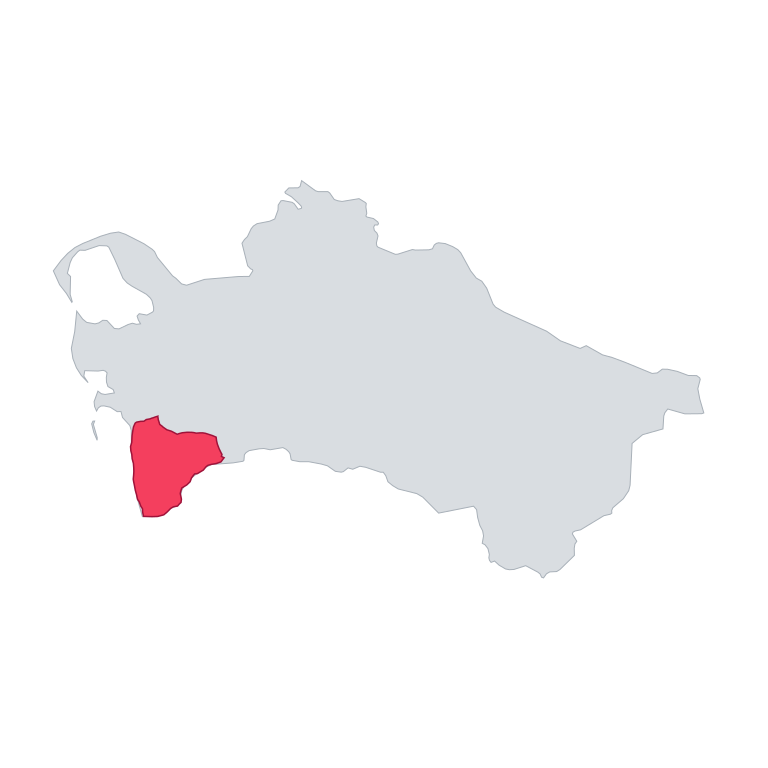 location of Etrek, Balkan, Turkmenistan, rotated 353°
{"feature_id": "10190150B33098588070062", "entity_name": "Etrek", "entity_type": "district", "adm_level": 2, "iso_a3": "TKM", "parent_name": "Turkmenistan", "parent_adm1": "Balkan", "projection": "orthographic", "projection_center": [54.674, 38.185], "detail": "fine", "context": "in_parent", "style": "filled", "palette": "rose", "viewbox_px": 768, "rotation_deg": 353, "n_neighbors": 0, "source": "geoboundaries", "source_scale": "gbopen_adm2", "svg_char_len": 4983}
<svg xmlns="http://www.w3.org/2000/svg" viewBox="0 0 768 768"><g transform="rotate(353 384 384)"><path d="M218.6,258.3L252.9,259.6L263.4,260.8L267.6,255.7L267.4,254.5L265.7,253.5L263.1,250.1L260.2,227.0L263.1,223.6L266.4,221.1L271.1,213.7L273.6,211.3L277.5,209.4L290.3,208.5L295.7,206.9L300.0,198.4L300.8,193.5L304.1,189.6L306.1,189.6L315.0,192.5L316.9,194.2L320.1,200.1L323.4,199.6L323.8,198.6L323.4,197.2L320.7,193.6L315.0,186.9L309.5,182.8L309.0,181.4L313.4,177.8L322.6,178.8L324.8,177.7L327.0,172.1L339.6,183.9L342.0,185.0L351.7,186.2L353.4,187.8L357.1,194.8L360.5,196.5L364.6,197.7L381.8,197.0L387.4,201.4L388.4,202.6L387.6,206.0L387.7,212.5L386.5,215.1L387.4,216.2L393.7,218.5L397.6,222.4L398.1,224.2L397.1,225.4L394.2,225.0L392.9,227.0L393.1,230.4L395.4,233.4L396.1,236.3L393.6,243.2L393.7,246.0L394.8,247.5L411.1,256.7L413.6,256.8L428.6,254.0L431.5,254.9L444.9,256.3L448.6,255.7L450.8,252.2L453.1,250.8L455.4,250.5L461.9,252.1L468.9,256.0L473.6,259.6L476.1,263.0L483.8,282.3L488.5,290.1L493.6,293.9L497.6,301.4L502.0,318.0L504.1,321.3L512.0,327.3L551.8,351.4L564.3,362.6L583.0,372.6L589.4,370.6L604.4,381.7L613.7,385.5L625.8,391.8L651.4,406.2L656.6,406.3L662.0,403.2L667.2,403.9L676.6,407.2L687.0,412.6L695.4,413.8L698.1,416.4L698.4,418.0L694.9,426.9L695.6,437.5L697.9,451.7L695.7,452.2L679.0,450.3L662.6,443.4L659.3,446.7L657.8,449.8L655.4,462.6L634.6,465.8L623.0,473.2L615.9,514.5L613.9,519.7L607.6,527.0L596.1,534.7L594.5,537.4L594.4,539.9L592.9,540.8L586.2,541.5L561.3,552.7L555.7,553.2L553.5,554.1L552.7,555.8L556.2,563.6L554.0,566.1L552.8,570.2L552.1,577.3L536.0,589.6L532.5,591.2L525.6,590.7L522.1,592.2L518.7,595.9L516.9,595.0L515.8,591.6L513.8,589.5L502.5,581.6L490.4,583.9L485.8,583.6L482.1,582.4L476.1,577.8L472.2,573.2L468.5,574.1L467.2,571.9L466.9,569.3L467.8,566.0L467.1,560.0L464.6,555.8L462.1,554.1L464.3,546.9L464.0,541.7L461.9,536.1L460.7,528.0L460.6,520.0L458.0,516.2L422.5,518.8L408.7,501.0L403.2,496.8L385.3,489.9L380.2,485.9L376.0,481.5L374.6,475.2L372.5,471.5L369.7,471.1L355.6,464.4L350.0,462.7L342.6,464.8L338.1,462.9L333.0,466.0L330.8,466.3L325.0,464.7L317.9,458.3L312.0,455.8L299.7,451.9L291.1,450.9L283.5,448.5L282.6,447.6L282.3,441.9L281.2,439.6L278.9,436.9L275.9,434.8L263.0,435.4L257.0,433.4L252.3,433.1L242.0,433.7L238.7,435.3L236.8,437.2L235.7,442.7L234.6,443.5L224.6,443.9L203.3,442.9L194.5,445.7L180.7,454.3L172.8,461.5L170.5,464.6L165.8,477.3L163.8,479.1L161.0,480.5L158.3,480.8L145.6,485.7L140.6,486.9L128.0,486.2L125.2,467.5L124.2,452.7L125.8,432.3L125.2,419.1L127.5,399.2L126.7,394.3L120.4,385.4L119.6,379.3L115.8,378.9L109.5,373.7L103.4,371.6L100.3,371.4L97.5,372.9L95.4,375.8L94.0,371.1L94.1,366.2L99.2,356.2L102.2,359.2L105.9,360.4L115.3,360.0L114.5,356.5L109.7,352.9L108.8,348.3L109.2,343.6L110.5,339.2L109.1,337.3L106.9,336.2L101.8,336.3L88.6,334.3L87.0,339.6L90.5,346.6L84.6,338.6L80.7,330.4L78.3,320.9L78.0,310.6L83.4,294.3L87.9,274.2L92.8,282.8L96.4,286.6L104.5,289.1L108.4,288.6L112.6,286.5L116.7,287.2L123.1,296.0L127.7,297.0L137.2,293.8L141.7,293.0L145.6,294.6L149.7,294.6L148.0,290.5L147.2,286.5L149.6,284.4L157.1,286.7L163.1,284.4L164.2,283.3L164.7,279.9L163.9,273.0L162.5,270.1L159.1,266.0L145.9,256.3L141.4,252.4L137.8,247.3L131.9,227.4L127.5,214.6L125.7,213.1L118.1,211.9L103.6,214.9L98.5,214.1L96.1,215.4L90.1,220.7L87.3,225.2L83.2,235.6L86.0,239.1L83.4,256.8L84.6,264.3L84.1,264.9L79.8,255.4L74.1,245.9L69.6,231.4L78.4,222.2L86.0,215.8L93.9,210.9L102.2,207.8L120.7,202.8L131.0,201.0L139.2,200.8L145.6,203.9L162.8,215.5L170.3,222.0L172.4,224.6L174.5,230.8L187.3,250.9L190.3,253.7L195.3,260.0L200.1,261.9L218.6,258.3ZM92.8,402.2L92.4,404.9L90.1,396.8L89.0,387.9L90.6,385.4L92.3,385.5L90.6,388.7L92.8,402.2Z" fill="#d9dde1" stroke="#a8b0b8" stroke-width="1"/><path d="M130.1,396.1L128.6,401.0L127.6,404.8L126.5,411.2L124.8,415.2L124.6,419.5L125.1,423.2L124.9,427.4L125.6,432.2L125.4,436.5L125.1,440.1L124.4,443.9L123.5,447.9L123.6,450.3L124.0,455.5L124.2,459.1L124.9,463.7L125.3,468.4L126.7,471.1L127.7,475.5L129.1,478.5L128.8,481.7L129.2,486.1L137.6,487.4L143.3,487.9L149.5,487.0L153.2,484.6L157.1,481.5L160.1,480.2L164.2,480.0L166.3,478.1L168.1,476.8L168.9,473.7L168.7,470.7L168.4,468.1L168.8,466.7L170.6,462.6L176.0,460.1L179.6,457.4L181.6,453.6L185.0,450.2L187.9,450.2L194.2,447.4L197.2,444.5L199.2,443.3L202.9,442.7L207.8,442.5L212.4,441.5L212.7,441.4L215.2,438.8L216.3,437.7L213.8,436.1L214.6,434.1L213.9,432.4L212.9,429.5L212.5,428.4L211.3,423.5L210.9,420.1L210.9,416.3L207.8,414.5L207.7,414.4L200.8,411.2L198.1,410.4L195.5,410.1L191.6,409.9L189.5,409.1L187.0,408.5L182.3,407.9L177.8,407.8L174.8,408.2L172.6,408.7L167.3,405.0L164.5,403.7L162.9,403.0L159.6,400.0L158.6,398.8L156.5,396.8L155.8,392.8L155.6,392.1L155.6,390.4L155.5,388.7L155.6,388.4L154.9,388.5L152.3,389.0L150.7,389.4L149.3,389.6L147.4,390.1L145.7,390.2L143.7,390.3L142.5,391.0L141.1,391.7L138.8,391.5L138.2,391.4L135.2,391.6L133.8,391.7L133.2,392.0L132.4,392.4L131.8,393.2L130.1,396.1Z" fill="#f43f5e" stroke="#9f1239" stroke-width="1.5"/></g></svg>